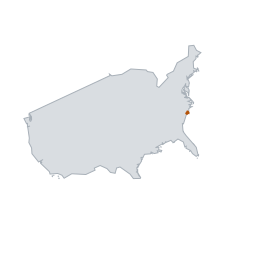 location of Brunswick, North Carolina, United States of America, rotated 335°
{"feature_id": "52423323B12833551098527", "entity_name": "Brunswick", "entity_type": "district", "adm_level": 2, "iso_a3": "USA", "parent_name": "United States of America", "parent_adm1": "North Carolina", "projection": "equal_earth", "projection_center": [-78.244, 34.108], "detail": "fine", "context": "in_parent", "style": "filled", "palette": "amber", "viewbox_px": 256, "rotation_deg": 335, "n_neighbors": 0, "source": "geoboundaries", "source_scale": "gbopen_adm2", "svg_char_len": 4165}
<svg xmlns="http://www.w3.org/2000/svg" viewBox="0 0 256 256"><g transform="rotate(335 128 128)"><path d="M200.1,89.7L212.9,88.6L217.8,79.3L222.6,80.9L222.9,86.6L225.9,90.5L221.1,91.9L220.8,92.9L220.0,91.6L218.9,93.9L215.1,95.5L212.8,101.4L215.0,103.9L216.4,103.6L216.0,102.5L216.4,103.0L216.6,104.3L212.5,105.1L211.7,103.8L211.3,105.6L206.5,106.1L202.9,108.4L203.3,107.1L203.0,106.2L202.0,109.4L203.0,110.0L202.7,112.8L200.3,116.4L197.8,114.1L199.3,111.9L197.5,113.5L198.2,115.9L199.3,117.4L199.5,119.0L196.5,124.8L197.4,121.2L195.0,117.7L196.6,114.0L194.2,115.1L195.0,120.5L192.7,118.9L191.9,119.1L192.6,117.4L192.6,116.9L191.8,118.2L191.7,119.3L195.3,121.4L194.5,122.4L192.9,120.5L192.3,120.2L194.3,122.5L195.1,122.9L194.6,124.3L193.6,123.2L195.2,125.3L194.8,125.6L194.0,124.5L191.8,124.0L194.5,126.0L196.2,126.0L197.9,131.0L196.4,127.1L196.9,129.7L193.7,129.1L196.0,131.6L197.1,130.9L195.7,133.2L192.6,132.4L194.5,133.6L192.9,134.8L194.8,135.6L191.3,136.1L189.5,139.9L186.2,140.9L180.0,147.7L179.2,146.9L176.8,153.3L176.5,154.8L177.5,159.7L181.7,174.3L180.1,182.1L177.8,182.5L175.6,178.4L175.2,174.9L172.0,170.9L173.1,169.1L171.5,169.2L172.3,164.1L168.6,159.1L162.7,160.3L161.7,157.3L155.9,157.1L156.7,156.0L155.6,157.1L153.0,157.6L153.0,155.4L152.5,156.9L144.6,157.4L147.9,158.5L146.6,160.6L149.1,162.6L147.8,163.7L145.0,161.0L144.8,163.1L140.9,162.2L138.8,159.5L137.4,160.9L131.8,158.8L128.3,161.7L129.2,160.9L127.4,160.2L126.3,163.7L122.6,166.1L123.5,165.4L121.2,165.0L121.9,166.2L119.2,167.7L117.9,171.7L116.7,171.1L117.7,172.2L117.7,175.9L118.6,178.1L117.8,178.9L111.5,176.1L110.4,170.7L104.3,160.0L100.8,159.4L97.2,163.6L93.3,160.8L91.8,155.9L86.9,150.2L80.5,150.1L80.3,152.3L70.1,152.3L57.7,145.7L48.9,146.5L48.2,142.9L45.1,139.5L37.9,136.8L38.3,134.3L33.9,123.0L34.3,121.9L35.3,123.3L35.0,120.9L37.7,120.7L32.6,121.0L30.1,110.7L32.2,105.3L32.0,99.3L34.3,95.4L37.6,84.5L40.0,84.8L37.4,84.3L38.9,81.4L37.9,81.4L37.7,75.4L43.7,76.4L41.7,79.6L44.3,77.3L43.4,80.0L41.8,80.6L42.8,80.7L44.2,79.6L45.3,77.0L44.6,72.9L133.8,72.9L134.0,71.3L135.4,73.9L145.2,76.8L155.5,75.7L169.0,83.1L169.5,85.1L174.1,88.2L175.3,95.9L171.7,102.2L173.2,104.3L185.7,99.3L185.3,96.4L186.4,95.9L193.2,95.7L200.1,89.7ZM208.0,107.4L210.0,107.1L202.8,109.0L208.8,106.6L208.0,107.4ZM44.5,75.4L44.9,77.1L44.7,77.3L43.9,76.1L44.5,75.4ZM118.5,177.5L117.9,174.2L118.0,172.4L118.1,174.3L118.5,177.5ZM221.6,92.1L221.6,93.0L221.2,92.8L221.6,92.1ZM138.8,160.5L138.9,161.2L138.3,160.6L138.8,160.5ZM40.4,139.7L41.3,139.3L40.4,139.7ZM39.5,139.5L39.1,140.0L38.9,139.5L39.5,139.5ZM214.4,105.3L213.8,105.9L213.7,105.7L214.4,105.3ZM118.6,170.7L118.1,172.2L119.4,169.3L118.6,170.7ZM180.5,169.5L181.3,172.3L180.3,169.2L180.5,169.5ZM44.5,142.1L44.8,142.8L44.4,142.1L44.5,142.1ZM180.5,182.5L179.7,183.5L180.9,181.5L180.5,182.5ZM198.2,132.8L197.4,133.8L198.0,131.3L198.2,132.8ZM44.0,74.0L43.8,74.5L43.6,74.3L44.0,74.0ZM121.9,166.8L120.6,167.5L122.0,166.6L121.9,166.8ZM216.3,105.6L216.3,106.2L215.7,106.0L216.3,105.6ZM44.2,144.2L44.3,145.1L44.0,144.3L44.2,144.2ZM120.3,168.0L119.8,168.4L120.3,167.8L120.3,168.0ZM199.2,120.1L198.4,121.5L199.3,119.6L199.2,120.1ZM127.8,162.3L127.0,162.9L128.2,161.9L127.8,162.3ZM176.9,154.0L176.7,155.2L176.7,154.4L176.9,154.0ZM195.1,135.8L194.8,136.0L195.6,135.2L195.1,135.8ZM164.8,160.0L163.8,160.6L163.4,160.5L164.8,160.0ZM152.6,157.4L152.4,157.6L151.9,157.6L152.6,157.4ZM174.1,175.0L174.2,175.8L173.9,174.8L174.1,175.0ZM150.0,159.0L149.8,159.8L149.8,158.4L150.0,159.0ZM178.2,184.6L177.6,184.7L178.4,184.4L178.2,184.6ZM202.5,113.3L202.1,114.0L202.6,113.0L202.5,113.3ZM196.8,134.1L196.4,134.3L196.8,134.1Z" fill="#d9dde1" stroke="#a8b0b8" stroke-width="1"/><path d="M188.7,137.9L188.5,138.2L188.4,138.4L188.3,138.6L187.9,138.6L187.8,138.8L187.7,138.9L187.4,138.8L187.3,139.0L187.2,139.1L187.3,139.3L187.2,139.4L187.0,139.5L186.9,139.7L187.0,139.8L186.9,139.8L187.0,140.0L187.3,140.3L187.4,140.2L187.9,140.0L188.3,140.0L188.6,140.0L188.8,140.0L189.2,140.1L189.3,140.3L189.4,140.2L189.5,139.9L189.4,139.7L189.5,139.7L189.5,139.4L189.5,139.0L189.4,138.9L189.4,138.7L189.4,138.4L189.2,138.2L188.9,137.9L188.7,137.9Z" fill="#f59e0b" stroke="#b45309" stroke-width="1.5"/></g></svg>